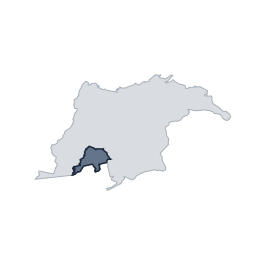 Vaupés highlighted on a map of Colombia, rotated 76°
{"feature_id": "COL-1426", "entity_name": "Vaupés", "entity_type": "Commissiary", "adm_level": 1, "iso_a3": "COL", "parent_name": "Colombia", "parent_adm1": "", "projection": "equal_earth", "projection_center": [-70.34, 0.431], "detail": "fine", "context": "in_parent", "style": "filled", "palette": "slate", "viewbox_px": 256, "rotation_deg": 76, "n_neighbors": 0, "source": "natural_earth", "source_scale": "10m", "svg_char_len": 8147}
<svg xmlns="http://www.w3.org/2000/svg" viewBox="0 0 256 256"><g transform="rotate(76 128 128)"><path d="M143.0,32.7L141.0,33.8L137.2,35.1L134.6,40.8L132.8,41.8L130.6,45.2L128.9,49.4L127.7,58.0L124.4,65.2L124.6,65.5L125.9,65.2L127.2,64.4L127.6,64.7L128.1,65.9L129.5,66.3L130.7,72.2L133.0,75.2L133.2,76.3L133.5,78.8L132.7,80.3L132.4,85.7L133.1,87.0L134.8,87.6L136.0,90.9L136.7,91.7L137.7,92.2L140.2,91.7L144.7,92.3L145.7,92.2L148.2,91.0L151.4,92.4L153.8,92.7L160.2,102.8L160.8,102.5L161.6,103.1L163.2,102.1L164.6,101.9L166.5,102.4L168.9,102.4L173.7,101.4L174.4,100.8L177.1,101.4L177.9,102.1L178.3,104.0L178.0,105.2L177.0,106.4L176.5,107.9L176.4,109.8L176.0,111.1L175.1,112.0L174.8,113.3L175.0,115.0L174.5,122.7L174.9,123.3L175.2,126.5L176.3,130.6L176.8,131.8L177.8,132.7L179.5,136.1L179.1,137.3L174.7,142.5L174.5,143.8L175.3,143.3L176.7,143.8L177.2,145.0L180.4,148.7L180.4,150.1L181.3,152.9L181.2,153.5L183.4,161.4L183.5,163.1L181.6,163.6L181.5,158.3L181.3,157.2L179.1,152.5L178.7,152.1L177.3,152.6L174.9,156.1L173.8,156.6L172.9,156.1L172.0,154.1L171.4,153.7L170.9,155.4L171.6,157.0L161.2,157.0L159.1,156.3L156.3,157.1L156.3,165.1L161.2,165.2L162.6,167.5L162.5,169.4L162.7,170.0L161.5,170.4L159.8,169.2L156.7,170.7L154.5,171.0L154.3,179.8L155.7,182.0L158.3,184.4L158.7,186.0L158.5,187.5L159.1,189.4L160.0,190.4L160.0,191.6L160.4,192.8L155.3,230.3L153.4,228.0L152.8,225.9L151.9,225.1L150.1,225.7L148.2,224.7L154.3,212.0L154.1,210.9L149.0,207.7L148.5,207.0L146.1,205.3L144.8,205.8L144.0,206.6L142.2,206.9L140.7,205.5L138.9,204.6L136.8,206.8L136.2,206.7L134.7,207.7L133.1,208.0L131.0,207.1L129.3,207.7L128.1,207.6L127.6,206.9L126.1,206.2L126.0,205.3L126.4,203.8L125.8,200.7L125.5,200.1L124.4,200.1L123.0,199.0L122.8,198.3L123.0,197.1L122.8,196.0L121.5,193.5L119.7,192.9L117.9,190.8L116.2,190.1L115.4,188.6L114.6,185.3L112.8,182.7L111.5,181.8L111.1,180.6L109.8,180.5L108.0,178.8L107.2,178.7L106.7,179.5L105.0,178.6L103.6,177.4L102.2,177.0L101.2,176.3L99.5,173.9L97.7,172.7L96.6,173.2L96.2,174.9L95.6,175.2L93.5,174.8L93.1,175.2L92.6,175.1L90.0,173.8L87.4,173.3L86.7,170.3L85.1,169.2L84.6,167.8L83.4,168.0L79.0,165.3L77.2,163.4L75.6,162.3L74.0,160.2L73.8,159.4L72.5,158.2L73.1,156.6L74.6,155.4L76.6,156.3L76.9,154.5L76.1,152.8L76.5,149.1L77.0,148.3L78.1,147.6L78.8,147.9L79.2,147.2L80.8,147.5L81.3,147.3L82.5,145.8L83.0,144.6L83.6,144.7L84.9,142.7L84.7,140.7L85.9,140.3L87.2,137.0L87.8,136.9L88.1,135.4L90.4,130.0L89.5,130.6L88.7,130.2L88.8,128.4L88.5,128.2L87.8,129.6L87.2,128.2L87.3,125.9L86.3,126.3L86.4,125.8L87.9,124.0L88.5,120.1L88.0,118.6L87.7,112.7L87.5,111.5L86.3,110.0L88.2,108.3L88.9,107.1L88.0,104.4L86.9,102.2L86.9,100.9L87.5,101.0L87.8,97.3L87.2,95.9L86.4,95.9L83.9,90.4L83.0,89.3L83.7,86.7L84.5,85.5L84.3,83.5L84.8,83.6L85.9,85.4L86.4,85.2L88.1,83.4L88.1,81.8L89.5,80.2L87.6,74.6L87.0,73.7L87.8,71.9L88.2,72.0L88.9,73.8L90.1,74.9L91.9,78.0L92.6,78.7L92.1,79.4L92.0,80.2L92.2,80.6L93.2,80.7L93.6,79.8L93.4,76.0L93.0,74.2L92.0,72.8L92.3,72.3L94.2,71.3L97.9,67.7L99.2,64.4L100.2,63.1L101.3,62.3L102.7,62.5L103.7,62.1L104.1,61.0L103.4,58.7L104.2,55.5L104.2,53.8L104.7,52.9L104.5,52.5L103.2,53.6L104.6,51.4L105.6,47.9L111.1,41.8L114.6,43.3L115.7,43.2L114.2,44.0L114.0,44.9L114.5,45.8L115.1,46.0L115.5,45.5L116.7,41.9L116.9,39.9L117.4,39.3L118.2,39.0L121.6,39.9L124.9,39.6L130.3,34.5L134.3,32.4L135.3,30.3L135.6,28.7L136.3,28.1L137.1,28.1L137.6,27.2L139.4,25.9L141.4,25.7L143.5,26.9L144.5,29.0L144.6,30.4L143.0,32.7ZM80.9,146.9L80.6,147.1L80.1,146.6L80.0,146.0L80.3,145.6L80.6,145.7L80.9,146.9Z" fill="#d9dde1" stroke="#a8b0b8" stroke-width="1"/><path d="M156.4,157.1L156.3,157.6L156.3,165.1L156.5,165.1L156.9,164.8L157.1,164.7L157.4,164.7L157.4,164.8L157.5,165.1L158.4,164.9L158.6,164.9L159.0,165.1L159.4,165.1L159.7,165.1L159.8,165.1L160.0,165.3L160.2,165.5L160.3,165.5L160.7,165.1L160.8,165.0L161.0,165.0L161.4,165.4L161.6,165.5L161.9,165.9L162.0,166.0L162.0,166.4L162.2,166.5L162.2,167.0L162.3,167.2L162.5,167.3L162.7,167.5L162.5,168.0L162.6,168.6L162.6,168.8L162.5,169.0L162.4,169.1L162.4,169.3L162.6,169.6L162.8,169.9L162.8,170.1L162.8,170.3L162.6,170.4L162.4,170.3L162.2,170.3L162.1,170.5L161.9,170.6L161.5,170.5L161.4,170.5L161.4,170.2L161.2,170.1L160.8,170.3L160.7,170.2L160.1,169.3L159.9,169.2L159.7,169.1L159.3,169.3L159.0,169.5L158.8,169.5L158.7,169.7L158.6,169.9L158.4,170.1L158.1,170.0L157.9,169.9L157.7,169.9L157.4,170.3L157.1,170.5L156.7,170.7L156.4,170.8L155.7,170.8L155.4,170.9L155.2,170.9L154.8,171.0L154.6,171.1L154.5,170.9L154.3,178.7L154.3,179.7L154.3,180.1L154.4,180.4L154.8,180.9L155.3,181.5L155.5,181.9L155.6,182.0L156.1,182.2L156.2,182.3L156.3,182.5L156.5,182.9L156.8,183.1L157.1,183.6L157.3,183.7L158.0,184.1L158.3,184.4L158.4,184.6L158.5,184.8L158.5,185.1L158.5,185.5L158.7,185.8L158.8,186.1L158.7,186.4L158.4,186.9L158.3,187.2L158.4,187.5L158.8,188.0L158.8,188.5L158.9,188.8L159.0,188.8L159.1,189.0L159.2,189.3L159.2,189.5L159.3,189.7L159.5,189.8L159.8,190.3L160.0,190.4L160.0,190.5L160.1,191.0L160.0,191.4L160.0,191.6L160.3,192.3L160.4,192.7L160.2,193.4L159.9,192.9L159.9,192.7L159.7,192.6L158.9,192.1L158.3,192.5L158.2,192.5L158.1,192.4L158.1,192.2L158.1,191.8L158.2,191.6L158.2,191.3L158.2,191.1L158.0,190.9L157.7,190.5L157.5,190.4L157.4,190.4L157.2,190.5L157.1,190.9L157.0,191.0L156.8,191.0L156.4,190.8L156.2,190.8L155.9,191.0L155.6,191.1L155.4,191.0L155.4,190.8L155.6,190.4L155.6,190.2L155.7,189.9L155.8,189.8L155.9,189.7L155.8,189.4L155.6,189.4L155.5,189.5L155.4,189.6L155.2,189.7L154.9,189.5L154.6,189.8L154.3,189.6L154.2,189.6L153.8,190.1L153.9,190.4L154.2,190.7L154.3,191.0L154.2,191.2L154.1,191.4L153.9,191.4L153.7,191.3L153.2,190.8L153.2,190.7L153.3,190.2L153.3,189.9L153.1,190.0L152.9,190.3L152.7,190.3L152.6,190.1L152.5,189.9L152.4,189.6L152.4,189.4L152.5,189.3L152.8,189.1L153.0,188.6L152.8,188.2L152.5,187.8L152.5,187.4L152.6,187.2L152.8,187.0L152.8,186.8L152.7,186.4L152.7,186.2L152.8,185.5L152.8,185.3L152.7,185.1L152.6,184.9L152.4,184.9L152.3,185.0L152.2,185.0L152.2,184.7L152.4,184.4L152.9,183.6L153.0,183.5L153.0,183.4L152.8,183.2L152.6,183.1L152.4,183.1L152.2,183.2L152.0,183.3L151.9,183.5L152.0,183.8L151.9,183.9L151.7,184.0L151.2,183.8L150.9,183.9L150.8,183.6L150.8,183.4L150.8,183.2L150.7,182.9L150.5,182.7L150.4,182.6L150.2,182.5L149.8,182.6L149.6,182.5L149.5,182.2L149.3,182.1L149.2,182.1L148.9,182.1L148.5,181.8L148.4,181.7L148.2,181.6L147.9,181.8L147.9,182.0L147.6,182.1L147.3,182.1L147.2,182.1L146.9,181.3L146.7,180.5L146.4,179.9L146.4,179.6L146.5,179.4L146.5,179.2L146.4,179.0L146.3,178.8L146.1,178.3L146.0,178.1L145.8,178.0L145.7,178.0L145.4,178.2L144.9,177.9L144.7,177.8L144.5,177.7L144.4,177.5L144.4,177.0L144.2,176.7L143.7,176.9L143.5,177.0L143.4,176.9L143.2,176.9L142.6,176.1L142.3,176.0L142.1,175.8L141.7,175.9L141.3,175.8L141.2,175.8L140.9,176.0L140.4,175.5L139.5,175.0L139.4,174.8L139.2,174.4L139.1,174.2L138.9,174.2L138.7,173.8L138.6,173.5L138.2,173.8L138.0,173.6L138.1,173.4L138.1,173.2L137.9,172.8L137.6,172.5L137.3,172.1L137.3,171.9L137.3,171.7L137.3,171.3L137.2,171.1L136.9,171.2L136.7,171.0L136.7,170.8L136.6,170.3L136.5,170.1L136.4,170.0L138.1,167.6L138.4,167.2L138.6,166.9L138.7,166.7L138.8,166.5L138.9,166.2L139.0,166.0L139.3,166.0L139.5,166.1L140.1,165.5L140.2,165.3L140.3,165.1L140.5,164.8L140.5,164.7L140.5,164.4L140.7,164.2L140.7,163.9L140.8,163.9L140.9,164.0L140.9,164.3L141.0,164.4L141.1,164.5L141.2,164.4L141.2,164.2L141.0,163.8L140.9,163.6L140.8,163.2L140.8,162.7L140.9,162.4L141.3,161.0L141.4,160.7L141.4,160.4L141.5,160.1L141.7,159.5L141.8,159.1L141.9,158.9L142.1,158.5L142.2,158.2L142.2,157.9L142.2,156.8L142.4,156.8L142.7,157.1L143.0,157.2L143.1,157.5L143.4,157.5L143.6,157.4L143.8,157.2L144.4,156.5L145.1,156.0L145.6,155.8L145.9,155.5L146.1,155.3L146.5,154.8L146.6,154.6L146.8,154.5L147.7,154.5L148.0,154.6L148.3,154.6L148.5,154.7L148.7,154.8L148.8,154.7L149.0,154.7L149.9,154.3L150.0,154.2L150.4,154.1L150.5,154.0L150.7,153.8L150.9,153.7L151.3,153.6L151.5,153.5L151.9,153.5L152.2,153.4L152.6,153.2L153.1,153.1L153.3,153.0L153.4,152.9L153.6,152.7L154.0,152.3L154.0,152.8L153.9,153.4L153.5,154.7L153.5,154.9L153.5,155.1L154.5,156.2L155.0,156.5L155.7,156.7L156.1,156.9L156.4,157.1L156.4,157.1Z" fill="#64748b" stroke="#1e293b" stroke-width="1.5"/></g></svg>